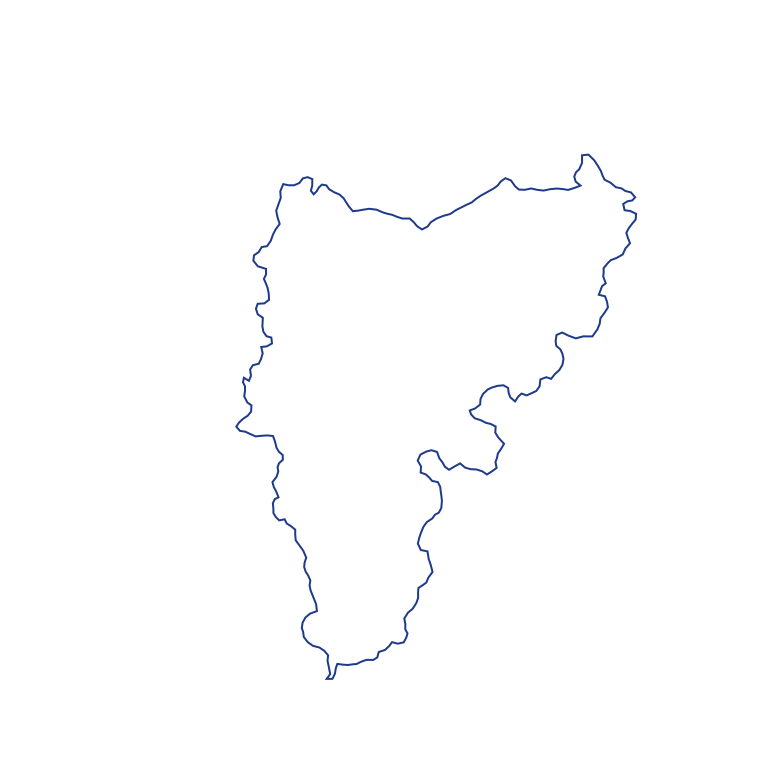 the district of Coroaci, Minas Gerais, Brazil, rotated 114°
{"feature_id": "56859067B21636195282600", "entity_name": "Coroaci", "entity_type": "district", "adm_level": 2, "iso_a3": "BRA", "parent_name": "Brazil", "parent_adm1": "Minas Gerais", "projection": "mercator", "projection_center": [-42.262, -18.628], "detail": "fine", "context": "isolated", "style": "outline", "palette": "blue", "viewbox_px": 768, "rotation_deg": 114, "n_neighbors": 0, "source": "geoboundaries", "source_scale": "gbopen_adm2", "svg_char_len": 4362}
<svg xmlns="http://www.w3.org/2000/svg" viewBox="0 0 768 768"><g transform="rotate(114 384 384)"><path d="M414.9,247.0L409.8,250.5L405.5,250.7L401.3,251.7L395.9,250.7L389.8,250.0L386.5,257.6L383.1,262.6L377.4,264.7L377.1,270.3L378.0,275.1L377.7,280.7L378.4,287.2L376.4,292.0L373.3,294.9L369.4,290.9L363.7,287.8L358.5,289.7L352.7,289.5L346.7,286.9L343.5,284.2L339.5,279.5L336.6,274.4L337.1,269.1L341.7,266.3L344.8,263.2L346.6,257.2L340.8,256.2L336.8,254.5L336.4,249.1L332.8,245.8L328.5,242.1L322.9,240.9L316.2,243.0L311.8,238.5L311.3,233.4L305.4,231.9L299.9,229.5L294.0,228.8L288.1,230.2L283.8,233.3L280.6,237.0L279.1,242.1L275.0,244.7L269.0,246.3L264.5,242.1L264.8,234.9L264.3,227.4L259.4,221.3L255.8,213.0L247.5,211.3L241.4,211.4L235.9,213.0L228.7,211.4L222.9,210.6L218.2,213.7L214.0,217.7L215.1,224.1L210.6,224.3L205.9,224.6L201.8,222.4L196.7,227.4L192.5,228.8L188.9,230.5L182.7,228.8L178.6,227.2L174.4,222.9L168.5,218.6L162.0,218.6L155.4,216.5L151.1,220.8L147.3,224.1L142.4,223.8L137.4,222.7L131.4,221.0L126.0,222.9L125.8,229.5L127.4,234.9L122.2,238.7L118.0,235.8L115.4,231.9L111.3,230.5L108.5,236.3L109.5,242.0L108.7,246.7L109.9,252.2L107.9,259.3L107.7,265.5L105.0,268.8L101.2,272.5L97.8,277.2L94.2,282.8L91.3,290.5L94.5,296.1L101.4,293.0L108.5,293.0L112.4,294.7L117.1,294.6L121.1,291.3L122.8,285.2L126.9,289.2L131.8,294.7L133.2,299.9L135.0,305.3L138.4,311.4L142.4,316.9L144.4,323.4L145.5,329.1L149.3,334.3L151.5,339.8L150.1,344.5L146.4,350.8L146.6,356.8L151.5,359.7L156.2,360.8L160.4,363.1L165.0,366.5L168.3,369.0L172.7,372.3L177.4,375.2L182.6,377.8L186.7,381.5L190.9,384.9L196.0,389.1L201.7,392.6L206.4,398.3L211.5,403.3L217.1,407.0L222.4,408.2L227.4,412.2L226.3,418.2L224.3,422.1L222.4,427.8L225.4,434.6L226.0,440.4L226.1,445.3L227.1,450.1L227.7,454.8L227.8,461.8L230.0,468.9L233.7,474.6L236.3,478.4L238.8,482.7L236.1,488.3L233.4,492.5L230.8,496.3L229.0,501.7L229.1,507.6L228.4,513.3L226.0,517.4L227.1,521.8L231.1,523.5L235.2,523.9L239.3,525.4L237.2,529.4L232.1,530.2L226.0,532.8L226.1,537.9L229.1,541.7L234.8,543.1L239.0,546.9L241.3,552.1L242.4,557.4L250.2,557.1L256.0,554.0L262.8,553.5L269.5,553.0L275.1,549.0L280.2,544.4L287.0,545.9L292.7,546.2L299.2,545.7L305.7,546.9L308.6,551.4L314.4,552.1L319.3,555.1L324.5,553.5L327.8,547.1L326.8,538.6L331.9,536.3L336.8,536.5L339.9,533.1L343.5,529.5L348.2,526.1L353.8,523.3L359.0,526.1L362.1,532.0L367.3,531.6L371.7,527.7L372.8,521.6L380.7,518.6L385.3,515.5L388.1,510.8L387.4,505.8L392.5,502.8L397.3,506.4L400.1,511.2L405.3,507.3L411.3,506.5L416.5,506.7L420.1,511.4L425.2,512.2L430.8,508.8L436.0,508.7L435.3,514.5L439.8,513.5L442.7,510.0L447.0,508.1L452.1,506.7L456.5,501.3L457.4,496.4L463.3,494.2L468.4,495.6L473.3,498.7L478.4,500.8L483.0,501.6L485.4,496.6L484.0,491.3L484.1,485.7L484.1,480.0L481.0,474.6L478.3,469.4L476.7,464.2L481.0,460.1L486.0,456.2L488.7,452.4L490.1,447.6L494.4,445.6L499.1,447.7L503.3,447.4L506.9,445.0L512.5,444.4L519.0,446.0L522.8,442.9L526.1,438.7L530.4,434.3L533.7,437.0L538.2,437.0L542.4,434.6L546.9,432.5L549.6,428.6L551.2,424.2L548.0,419.8L551.0,416.1L551.7,411.1L553.2,405.8L557.4,404.0L562.7,401.1L565.5,396.2L569.1,390.0L574.3,384.4L579.4,383.9L583.7,382.5L587.3,379.2L589.7,375.5L593.4,371.4L598.4,370.0L602.3,367.2L607.0,362.4L612.7,356.5L618.8,352.9L623.9,358.2L629.3,360.8L635.1,361.3L640.4,359.8L643.4,357.0L647.7,354.4L650.8,348.8L652.1,342.4L651.0,336.0L652.0,330.1L654.6,324.7L659.9,323.0L665.8,318.7L670.9,315.2L676.7,316.4L674.3,311.2L668.7,311.0L663.3,312.4L658.7,312.8L657.0,307.1L655.4,302.7L653.0,298.9L651.0,295.2L647.2,292.1L643.1,287.8L640.4,281.5L636.4,278.9L631.0,279.8L626.4,274.8L621.3,272.7L616.6,271.7L615.6,265.8L612.0,260.9L606.4,260.5L602.3,261.1L599.3,264.9L594.7,266.8L589.9,270.1L583.2,269.1L577.6,266.4L571.1,265.4L565.5,265.8L560.8,268.0L556.3,269.6L552.5,267.1L548.3,264.6L542.7,264.7L536.0,263.2L530.4,267.6L525.7,272.0L519.2,276.2L520.7,282.8L516.1,288.1L510.4,289.2L505.1,289.7L498.4,289.9L492.7,288.7L487.2,285.2L482.7,284.3L479.3,281.6L474.0,281.2L467.1,283.6L462.8,286.1L459.0,288.5L455.0,290.9L451.7,294.9L453.0,300.6L451.1,304.5L449.6,308.9L450.0,314.5L444.3,316.6L440.2,322.1L433.7,322.0L428.6,318.0L425.2,313.7L424.5,307.9L429.4,303.2L431.7,298.9L434.8,294.7L435.9,289.7L430.8,286.1L425.6,282.2L427.4,275.8L426.6,270.3L424.5,264.9L423.8,258.8L424.8,253.1L420.1,250.0L414.9,247.0Z" fill="none" stroke="#1e3a8a" stroke-width="2"/></g></svg>